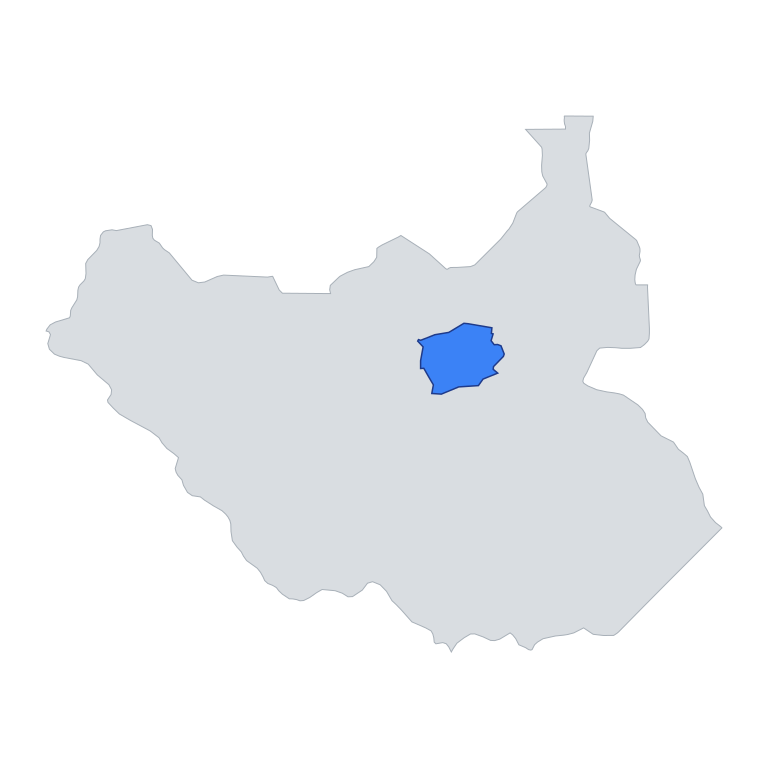 Ayod, Jonglei, South Sudan (highlighted)
{"feature_id": "79223893B14285446390064", "entity_name": "Ayod", "entity_type": "district", "adm_level": 2, "iso_a3": "SSD", "parent_name": "South Sudan", "parent_adm1": "Jonglei", "projection": "orthographic", "projection_center": [30.968, 8.272], "detail": "fine", "context": "in_parent", "style": "filled", "palette": "blue", "viewbox_px": 768, "rotation_deg": 0, "n_neighbors": 0, "source": "geoboundaries", "source_scale": "gbopen_adm2", "svg_char_len": 4160}
<svg xmlns="http://www.w3.org/2000/svg" viewBox="0 0 768 768"><path d="M643.4,606.7L618.6,631.9L616.8,633.4L613.7,635.4L603.6,635.5L593.2,634.3L583.6,627.9L573.8,632.9L567.7,634.5L564.0,635.1L555.3,636.0L543.1,638.7L537.5,642.1L534.6,644.7L532.1,649.6L530.8,650.1L528.6,649.6L525.5,647.6L518.9,644.8L515.7,638.6L512.6,634.8L510.1,632.9L499.8,639.1L494.7,640.6L490.6,640.4L483.1,636.9L474.8,633.9L470.5,634.0L464.2,637.7L456.9,643.2L453.1,648.8L451.3,652.0L448.8,647.0L446.3,643.8L442.8,642.6L435.9,643.8L434.2,642.1L433.8,637.8L432.8,633.9L431.1,630.9L425.7,627.9L411.9,621.9L401.3,609.9L395.9,604.3L392.0,600.7L386.5,591.3L380.2,584.8L372.6,581.7L367.5,583.2L362.3,590.1L352.5,596.6L348.0,596.8L342.3,593.2L335.1,590.7L322.1,589.5L316.7,592.6L309.7,597.5L303.7,600.5L300.0,600.8L296.6,599.6L292.7,598.9L289.3,598.8L282.4,594.2L278.8,590.8L276.4,587.6L272.5,585.3L267.9,583.5L264.7,580.6L263.1,577.0L260.5,572.3L257.2,568.2L246.6,560.6L243.5,556.2L241.3,551.9L237.0,547.1L232.4,540.7L231.0,531.5L230.8,524.0L229.9,520.5L228.0,517.0L225.7,514.1L222.0,510.7L213.5,505.9L204.6,500.2L200.4,496.9L192.3,495.7L187.5,492.4L183.5,485.4L181.9,479.8L177.9,475.4L176.1,472.2L175.2,468.6L178.5,457.6L173.9,453.6L166.9,448.5L162.0,442.8L159.0,437.7L150.1,430.9L130.6,420.5L119.4,414.0L113.3,408.1L108.0,402.4L107.5,400.0L111.1,394.5L111.6,389.8L108.9,384.7L97.3,374.9L88.2,364.1L81.2,360.7L64.3,357.5L59.4,356.2L54.4,354.1L49.4,349.2L47.8,343.6L50.5,334.6L48.9,331.8L46.1,331.0L46.9,329.1L50.2,324.8L55.5,322.0L69.5,317.8L70.3,316.1L70.7,310.4L71.9,307.7L76.8,299.9L77.6,296.8L77.9,290.2L78.6,287.1L80.0,284.9L83.9,281.0L85.3,278.7L86.0,273.6L85.7,263.5L87.8,259.6L96.7,250.5L99.1,246.5L100.0,242.8L100.0,239.1L100.6,235.4L103.3,231.9L105.5,230.8L112.0,229.8L116.4,230.6L147.4,224.7L151.0,225.6L152.5,229.4L152.3,235.3L152.8,238.2L154.4,240.2L159.3,243.1L162.6,247.9L164.4,249.6L169.3,252.9L192.0,280.2L198.4,282.8L204.8,282.0L217.3,276.5L223.6,275.1L267.5,277.1L272.4,276.3L272.7,276.4L279.2,290.0L282.4,293.2L330.6,293.6L329.7,289.8L330.3,285.4L338.9,277.2L340.1,276.2L347.5,272.3L354.8,269.7L368.8,266.6L373.9,261.7L376.7,257.3L376.9,248.4L378.7,247.0L382.0,245.0L398.2,237.1L400.9,235.5L429.4,253.9L445.4,268.4L446.4,269.1L447.2,269.3L448.1,268.8L448.8,268.2L450.7,267.5L457.6,267.4L470.5,266.6L474.8,264.9L500.8,239.0L507.4,230.7L509.0,229.0L512.8,223.1L516.7,213.0L517.5,211.8L545.8,187.5L546.8,185.6L547.1,184.1L542.7,175.9L541.8,171.8L541.6,165.4L542.4,155.5L542.1,149.2L541.7,147.5L541.5,147.1L525.6,129.4L565.5,129.1L565.5,126.8L565.4,126.1L564.6,124.0L564.2,121.1L564.2,119.5L564.4,118.1L564.4,117.3L564.3,116.5L564.3,116.2L564.5,116.0L593.2,116.2L592.8,121.2L589.4,133.1L589.6,140.2L588.8,148.3L587.8,150.8L586.4,152.7L585.9,153.7L585.9,154.6L592.2,200.0L591.7,201.9L590.2,204.8L589.8,205.7L589.7,206.4L590.3,206.9L603.6,211.8L604.3,212.1L604.8,212.5L609.6,218.3L635.9,239.7L636.8,240.8L639.6,247.5L639.9,248.6L640.0,250.2L640.0,251.5L639.3,255.5L639.6,257.4L640.0,258.6L640.4,260.0L640.4,260.4L640.2,261.4L636.4,269.3L635.1,274.9L634.8,279.5L635.1,282.3L635.5,284.0L635.9,284.7L636.3,284.9L647.6,284.9L647.5,287.4L649.4,328.5L649.4,333.1L649.0,338.9L647.7,341.2L644.5,344.5L640.5,347.5L630.3,348.3L621.8,348.3L615.8,347.7L607.5,347.4L599.7,348.1L596.9,350.7L586.8,372.6L583.6,378.1L582.8,381.3L583.7,383.2L587.8,385.9L596.6,389.7L606.8,391.9L614.3,392.9L619.5,393.9L623.4,395.1L637.9,404.9L642.5,409.4L645.1,413.5L645.7,417.9L647.8,422.2L661.0,435.8L673.5,442.1L678.4,449.3L683.0,452.8L687.4,456.6L689.8,462.3L695.3,478.6L699.0,487.2L702.8,494.2L704.4,505.7L707.4,510.8L710.5,517.0L715.5,522.6L720.9,526.8L721.9,527.9L668.0,581.9L643.4,606.7Z" fill="#d9dde1" stroke="#a8b0b8" stroke-width="1"/><path d="M431.8,393.5L441.4,394.1L458.7,386.9L478.4,385.6L483.0,379.1L497.7,373.1L493.2,369.3L493.5,366.6L503.4,356.4L504.2,354.0L501.0,345.8L497.6,344.5L494.2,344.7L491.1,340.7L493.1,333.9L491.4,333.5L491.9,327.8L468.0,323.7L463.9,323.3L448.8,332.4L434.9,334.7L420.7,340.3L418.5,339.6L417.7,341.1L422.1,345.8L423.1,346.9L420.6,360.7L420.6,368.5L423.8,368.3L428.6,376.7L433.4,384.9L432.2,391.2L431.8,393.5Z" fill="#3b82f6" stroke="#1e3a8a" stroke-width="1.5"/></svg>